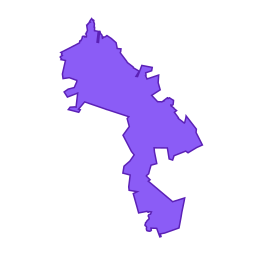 the district of Magdalena, Sonora, Mexico, rotated 187°
{"feature_id": "50627088B62181575538167", "entity_name": "Magdalena", "entity_type": "district", "adm_level": 2, "iso_a3": "MEX", "parent_name": "Mexico", "parent_adm1": "Sonora", "projection": "albers", "projection_center": [-110.948, 30.763], "detail": "fine", "context": "isolated", "style": "filled", "palette": "violet", "viewbox_px": 256, "rotation_deg": 187, "n_neighbors": 0, "source": "geoboundaries", "source_scale": "gbopen_adm2", "svg_char_len": 4721}
<svg xmlns="http://www.w3.org/2000/svg" viewBox="0 0 256 256"><g transform="rotate(187 128 128)"><path d="M78.8,28.2L65.2,35.0L64.5,46.0L64.3,51.0L63.4,62.0L63.2,65.5L74.7,60.3L101.4,77.7L99.8,79.3L103.9,82.5L103.9,83.0L101.9,85.1L101.5,88.4L100.6,93.9L95.1,96.2L98.8,107.4L99.7,111.5L86.5,113.0L83.4,102.3L79.8,101.6L78.9,106.1L67.9,112.1L65.4,110.7L65.3,110.8L57.4,117.0L52.1,120.2L59.9,131.8L60.0,135.2L71.8,147.1L71.8,145.1L72.4,140.2L72.8,139.8L79.3,143.7L79.2,144.3L82.8,148.1L83.9,149.3L81.9,151.2L84.5,152.8L85.0,153.5L88.0,155.2L88.2,156.0L86.9,156.0L86.1,156.7L86.1,159.5L86.2,161.0L87.8,161.7L88.7,162.1L89.4,162.5L90.6,163.0L90.7,162.9L91.8,162.1L92.4,162.9L92.5,162.9L96.0,159.5L95.7,159.3L97.6,158.1L98.1,158.0L98.5,158.1L101.8,157.7L108.5,163.3L100.7,169.8L103.6,176.7L104.0,184.3L115.1,179.0L115.2,179.3L115.4,179.5L115.5,179.6L115.6,179.8L115.8,180.3L116.1,180.7L116.3,181.0L116.9,181.9L116.7,182.0L116.5,182.5L117.2,184.9L111.5,187.7L111.3,191.1L121.9,191.8L124.8,180.2L126.4,180.2L123.8,185.7L130.0,188.4L130.1,189.0L131.0,189.6L136.6,192.9L137.5,194.1L144.4,201.2L144.9,201.7L144.6,202.9L144.6,205.7L148.4,205.6L150.2,211.2L155.4,214.8L160.2,217.2L160.4,217.1L160.6,216.8L161.0,216.4L161.5,216.0L161.7,215.8L161.9,215.6L162.1,215.5L162.3,215.4L162.8,215.4L163.2,215.4L163.5,215.4L163.8,215.2L163.7,215.0L163.6,214.8L163.6,214.7L163.7,214.4L163.9,214.3L164.0,214.2L164.3,214.0L164.6,215.1L164.7,215.6L164.8,215.9L164.9,216.2L165.1,216.9L165.2,217.0L165.4,217.2L165.6,217.4L165.8,217.6L166.2,218.0L166.4,218.1L166.5,218.1L166.6,218.3L166.7,218.5L166.8,218.6L167.0,218.7L167.0,218.8L167.0,219.0L167.3,219.4L167.3,219.5L167.3,219.8L167.4,220.0L167.7,220.1L167.7,220.4L167.8,220.6L167.9,220.8L168.0,221.1L167.7,209.3L169.2,209.4L169.3,220.3L173.1,220.5L173.4,223.9L173.9,224.0L174.0,227.1L174.1,227.4L174.2,227.5L174.2,227.8L174.4,228.2L174.6,228.4L174.8,228.7L175.0,228.9L175.0,229.1L175.0,229.3L175.0,229.7L175.0,229.8L175.0,230.3L175.0,230.5L175.2,230.8L175.4,230.9L175.5,231.0L175.9,230.9L176.1,230.7L176.4,231.1L176.5,231.1L176.7,231.3L176.8,231.5L177.0,231.7L177.4,232.2L178.4,230.5L179.1,229.0L178.4,228.5L179.3,228.0L179.4,227.8L179.5,227.6L179.8,227.4L179.9,227.2L180.0,227.0L180.2,226.9L180.3,226.8L180.3,226.7L180.3,226.4L180.5,226.3L180.6,226.1L180.8,225.9L180.8,225.7L181.0,225.5L181.0,225.4L181.1,225.2L181.3,225.1L181.4,224.9L181.5,224.9L180.1,219.8L180.2,219.6L180.3,219.3L180.4,219.1L180.5,218.9L180.5,218.2L181.0,217.8L180.9,216.9L181.2,216.6L181.2,216.4L181.3,216.3L181.4,216.2L181.1,216.0L180.9,215.9L180.9,215.7L180.8,215.3L180.8,215.1L180.6,214.7L180.4,214.4L180.4,214.2L180.4,213.9L180.4,213.7L180.4,213.4L180.6,213.4L181.3,213.3L181.5,213.3L181.7,213.2L181.7,213.4L181.8,213.5L182.1,213.6L182.6,213.8L182.9,213.8L183.0,213.8L183.2,213.7L183.3,213.6L183.5,213.5L183.8,213.6L184.1,213.5L184.2,213.4L184.3,213.3L184.4,213.1L184.4,212.9L184.4,212.7L184.4,212.4L184.5,212.3L184.5,212.0L184.5,211.9L184.4,211.8L184.4,211.7L184.4,211.4L184.5,211.2L184.7,210.8L184.9,210.5L184.9,210.4L184.9,210.2L185.0,210.0L185.1,209.9L185.2,209.6L185.3,209.5L185.3,209.4L185.3,209.2L185.7,209.0L185.7,208.9L185.7,208.7L185.8,208.7L185.9,208.8L186.0,208.8L186.3,208.7L186.5,208.5L186.5,206.6L197.0,199.4L203.9,194.8L202.7,194.1L202.9,192.9L202.0,191.9L203.8,190.7L203.8,189.8L202.4,188.5L202.8,187.7L198.3,187.4L199.7,173.6L198.5,169.1L192.4,170.8L184.6,169.0L184.5,167.6L186.3,161.6L192.1,159.3L195.8,156.0L191.9,151.3L182.2,156.5L182.1,142.4L183.3,142.5L188.0,141.6L189.5,139.0L184.7,138.4L178.8,137.6L177.6,140.3L179.4,140.7L174.2,148.6L153.3,144.2L152.1,143.9L151.7,143.8L149.8,143.5L128.6,139.3L130.0,137.2L126.9,129.6L132.1,120.2L121.7,105.1L118.6,102.1L122.1,95.4L127.3,89.6L127.6,82.6L120.1,81.6L120.1,69.7L119.3,66.3L116.5,66.2L111.1,65.9L114.8,63.5L109.6,51.1L107.1,45.0L99.0,47.6L98.4,47.0L97.2,46.9L97.0,47.6L94.5,47.6L95.2,45.2L95.9,45.0L96.4,44.8L96.7,44.5L97.0,44.1L97.2,43.6L97.2,43.2L97.1,42.9L97.0,42.6L96.8,42.5L96.5,42.2L96.4,42.1L96.3,41.9L96.3,41.5L96.2,41.1L96.0,40.8L96.0,40.4L96.1,40.2L96.4,40.0L96.5,39.8L96.8,39.6L97.0,39.1L97.3,38.9L97.5,38.6L97.8,38.1L98.1,37.8L98.1,37.6L98.2,37.4L98.4,36.9L98.6,36.5L99.0,36.2L99.1,35.8L99.1,35.6L99.1,35.4L99.0,35.1L99.0,34.9L99.1,34.7L99.3,34.3L99.3,34.1L99.3,33.9L99.3,33.5L99.2,33.3L99.0,33.2L98.9,33.1L98.5,32.9L98.4,32.8L98.1,32.7L97.8,32.5L97.7,32.3L97.6,32.0L97.5,31.7L97.4,31.5L97.5,30.9L97.5,30.2L97.3,29.9L97.3,29.7L97.3,29.4L97.2,29.2L97.0,28.9L96.8,28.5L96.7,28.5L96.4,28.5L96.2,28.4L95.8,28.3L95.7,28.2L95.3,28.2L94.9,28.2L94.5,28.2L94.2,28.2L93.9,28.2L93.2,28.5L92.8,28.8L92.7,28.9L92.5,29.3L92.4,29.4L93.0,31.4L87.3,31.9L83.1,23.8L82.0,24.3L83.0,26.9L78.8,28.2Z" fill="#8b5cf6" stroke="#5b21b6" stroke-width="1.5"/></g></svg>